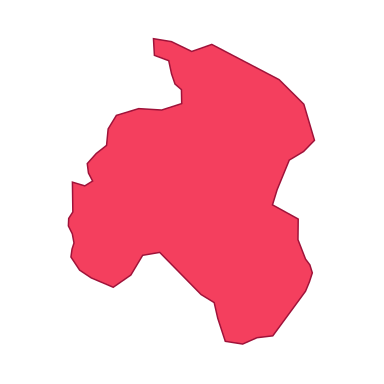 map outline of Drochia (Mercator projection), rotated 354°
{"feature_id": "MDA-1619", "entity_name": "Drochia", "entity_type": "District", "adm_level": 1, "iso_a3": "MDA", "parent_name": "Moldova", "parent_adm1": "", "projection": "mercator", "projection_center": [27.875, 48.029], "detail": "fine", "context": "isolated", "style": "filled", "palette": "rose", "viewbox_px": 384, "rotation_deg": 354, "n_neighbors": 0, "source": "natural_earth", "source_scale": "10m", "svg_char_len": 819}
<svg xmlns="http://www.w3.org/2000/svg" viewBox="0 0 384 384"><g transform="rotate(354 192 192)"><path d="M294.5,302.6L257.3,343.5L241.4,343.7L226.5,348.5L209.5,344.0L204.4,320.2L202.5,304.3L190.3,294.9L153.6,248.7L136.3,249.8L122.5,268.2L103.7,278.5L82.8,266.9L72.1,258.0L64.8,244.0L66.7,236.3L69.3,230.4L68.6,221.1L65.5,212.8L66.6,205.4L71.4,199.4L74.1,169.7L86.0,174.7L94.3,170.7L91.0,162.3L90.8,152.8L100.8,143.7L111.9,136.7L115.2,120.5L124.8,107.9L147.7,103.5L170.4,107.3L191.0,103.0L192.2,89.1L186.4,82.9L184.0,72.3L182.6,59.0L168.9,52.2L169.7,35.5L187.3,40.3L206.4,52.2L227.1,47.3L290.4,89.4L312.4,116.4L319.2,153.4L307.2,163.4L292.1,170.4L276.9,198.6L270.7,213.2L294.8,230.0L292.4,250.5L297.9,270.6L301.6,276.8L303.2,285.0L299.4,293.6L294.5,302.6Z" fill="#f43f5e" stroke="#9f1239" stroke-width="1.5"/></g></svg>